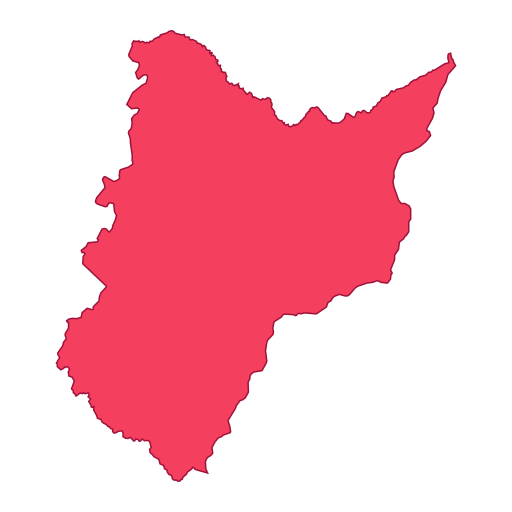 the district of Garzón, Huila, Colombia
{"feature_id": "7082276B84511387855625", "entity_name": "Garzón", "entity_type": "district", "adm_level": 2, "iso_a3": "COL", "parent_name": "Colombia", "parent_adm1": "Huila", "projection": "natural_earth1", "projection_center": [-75.581, 2.163], "detail": "fine", "context": "isolated", "style": "filled", "palette": "rose", "viewbox_px": 512, "rotation_deg": 0, "n_neighbors": 0, "source": "geoboundaries", "source_scale": "gbopen_adm2", "svg_char_len": 5912}
<svg xmlns="http://www.w3.org/2000/svg" viewBox="0 0 512 512"><path d="M410.7,209.2L409.1,205.8L404.6,203.4L401.4,203.6L398.7,200.4L393.9,186.8L393.1,182.3L393.0,180.5L394.1,177.4L393.8,171.8L398.1,160.0L401.6,154.8L404.7,152.9L412.3,151.0L420.4,146.1L426.1,141.2L430.6,135.6L429.4,131.6L426.8,130.6L426.9,128.3L432.4,118.4L434.0,113.0L432.9,108.0L437.0,103.4L438.1,98.2L440.6,90.7L445.8,82.2L447.9,74.5L455.6,65.7L453.5,61.9L453.1,59.9L451.5,57.9L450.6,53.2L448.7,53.8L448.0,55.0L447.9,58.4L449.0,62.7L444.7,63.8L434.2,70.3L432.8,70.1L431.5,71.9L428.6,72.3L425.4,75.4L420.0,76.7L415.9,80.0L414.6,79.8L410.9,82.0L408.3,85.3L405.9,86.0L403.3,87.9L396.4,89.4L394.3,91.6L392.8,91.7L392.3,90.8L391.3,90.9L388.0,95.7L386.9,95.5L386.2,96.7L381.8,98.1L380.4,101.2L377.7,103.1L376.5,105.8L373.1,107.2L373.1,108.6L370.8,110.6L370.5,112.1L368.8,113.0L366.8,112.6L364.2,110.4L362.4,110.9L361.2,112.9L358.2,111.5L356.6,112.5L354.9,116.9L353.7,117.4L347.8,113.4L346.2,113.4L344.3,118.9L341.0,121.8L338.7,123.1L333.0,122.8L332.3,123.3L331.0,121.2L327.6,119.8L325.8,116.0L324.4,115.5L318.1,107.6L316.7,106.9L314.6,107.9L312.3,107.5L310.9,108.2L309.5,109.9L309.5,111.3L308.5,111.5L305.8,114.7L305.5,116.8L304.4,117.2L302.4,120.0L301.0,120.5L300.5,121.8L297.5,124.7L296.3,124.4L295.2,125.6L293.8,124.5L291.6,126.6L288.8,126.5L288.1,124.3L286.0,125.1L284.8,124.6L284.1,123.7L284.3,122.8L283.5,123.2L281.8,120.6L279.7,120.5L278.1,119.4L276.9,118.1L275.9,115.5L274.5,114.9L274.6,111.6L271.5,107.5L271.4,106.2L272.0,105.4L271.8,103.2L270.8,101.9L270.8,99.9L269.5,98.2L267.3,97.7L266.1,98.9L264.1,99.4L262.6,98.6L261.3,99.9L260.4,99.9L254.1,96.8L252.9,97.6L251.6,93.6L249.8,92.2L247.0,94.4L243.5,90.2L243.1,88.2L241.2,88.8L239.1,87.9L239.2,86.0L238.1,85.4L238.4,83.7L235.0,85.5L233.2,85.2L231.8,83.2L229.4,84.1L228.5,82.4L226.4,81.0L225.9,77.9L226.9,76.3L225.8,74.5L225.7,73.0L224.9,72.2L223.5,72.7L222.9,71.9L221.4,71.7L221.4,69.2L220.2,68.0L220.5,65.3L218.0,65.4L217.7,63.7L216.5,62.4L217.9,61.5L217.8,60.1L215.8,59.5L215.1,56.9L213.3,55.2L211.3,55.6L211.3,54.4L212.2,53.1L211.9,52.5L209.7,53.2L210.0,50.6L206.5,49.8L205.5,47.0L204.2,45.7L203.6,45.5L202.4,46.7L201.3,44.4L198.4,43.2L197.5,43.5L196.5,41.4L192.6,39.6L190.2,39.9L188.9,37.0L185.0,37.0L184.3,34.5L181.8,34.9L176.9,33.7L174.8,33.0L174.1,31.8L172.1,30.7L169.1,31.3L167.0,32.9L160.4,34.9L159.5,37.2L158.5,36.9L154.0,39.1L152.5,41.1L150.0,41.3L149.4,42.6L146.4,42.3L145.3,43.1L143.5,41.7L142.0,41.5L139.8,42.3L138.9,40.7L137.8,41.5L136.0,41.1L135.3,41.6L133.8,40.7L132.2,43.3L132.2,46.2L128.7,54.6L129.1,56.5L132.9,61.0L138.6,62.5L139.4,64.9L139.1,66.6L137.6,69.9L135.6,72.5L137.3,78.0L138.6,79.1L143.3,75.2L145.6,74.7L147.2,75.6L147.6,77.9L146.0,83.3L142.4,85.0L132.8,92.6L126.8,104.4L131.5,108.7L137.2,108.0L138.6,108.7L139.3,109.8L137.2,113.5L134.2,115.1L131.6,118.7L132.1,122.7L131.8,125.9L131.0,128.9L129.1,130.8L128.4,132.7L130.3,138.7L130.4,142.7L132.2,155.1L132.1,160.5L133.0,162.9L132.5,164.3L128.2,167.2L120.8,169.6L119.8,170.6L119.2,175.8L119.7,177.8L118.5,179.5L114.8,181.4L113.5,181.3L105.0,176.6L103.8,177.1L102.6,179.1L102.7,180.1L104.4,184.5L105.0,187.6L96.7,197.7L95.6,200.8L95.6,202.3L96.8,203.6L99.5,204.8L105.2,206.7L107.1,206.4L108.4,203.7L110.1,202.7L113.7,203.7L114.5,211.6L116.5,215.6L115.2,220.2L112.7,225.8L112.3,228.5L109.4,231.9L108.7,231.9L106.6,229.3L104.9,228.5L102.0,229.1L97.2,238.6L98.3,239.9L97.7,241.8L88.2,242.7L86.0,246.7L81.3,250.3L81.9,252.5L83.8,252.5L85.0,253.8L83.2,256.5L82.8,263.8L106.3,286.1L106.3,287.0L100.8,293.0L99.2,297.8L99.1,300.9L93.4,306.6L93.1,309.4L92.3,309.7L87.1,308.3L82.1,312.6L81.2,317.3L77.1,318.6L72.2,318.4L69.0,319.0L66.6,320.7L67.4,322.3L68.2,322.3L68.6,322.9L68.5,328.2L65.2,333.7L65.2,335.7L66.2,338.0L65.9,339.2L63.6,342.2L62.6,346.0L57.8,352.9L57.9,354.7L59.7,357.4L56.4,363.2L57.3,364.1L57.3,366.6L60.8,369.8L63.4,368.5L64.4,367.2L65.4,367.5L66.4,366.7L68.3,367.2L69.5,369.6L68.3,372.0L68.9,376.0L72.2,377.2L74.3,381.1L71.6,388.5L71.8,389.4L73.2,390.4L73.3,392.7L74.6,393.5L76.0,396.0L80.3,392.9L82.3,393.7L83.4,392.8L84.8,393.7L88.3,393.0L89.2,394.5L88.1,396.8L90.7,399.0L88.7,401.4L91.1,405.4L91.3,407.1L92.4,407.4L94.0,406.6L93.6,409.8L96.8,415.8L97.4,418.2L101.2,419.6L101.7,421.3L102.8,422.7L106.3,424.5L108.0,426.6L109.3,426.7L110.8,428.6L112.7,429.1L112.6,431.5L113.7,432.9L115.0,433.1L118.8,431.2L121.8,430.9L122.6,431.6L123.1,433.8L123.0,436.7L125.8,438.4L128.3,438.4L130.3,437.3L133.6,440.9L134.7,440.9L135.3,439.5L136.3,439.0L138.3,439.8L139.2,441.2L140.2,441.2L142.0,439.1L144.6,440.7L148.2,440.5L149.7,441.7L151.2,447.4L149.6,449.5L150.2,452.8L152.5,454.6L153.9,456.6L158.9,459.4L160.0,463.8L163.8,465.6L164.5,468.7L167.0,470.0L167.2,471.9L168.8,474.3L171.7,475.7L172.4,478.8L173.7,480.0L176.5,480.2L178.1,481.3L180.1,480.9L180.9,479.6L182.2,479.4L182.5,478.0L183.9,476.3L186.3,474.4L187.3,472.2L192.0,468.7L192.4,467.4L193.6,467.5L195.1,469.4L207.6,473.0L205.8,468.9L205.4,461.8L206.0,460.0L207.3,457.6L210.7,455.5L212.7,453.3L212.0,447.5L214.7,442.3L218.1,438.0L221.2,436.8L223.5,435.0L230.3,432.6L230.6,431.2L229.7,426.0L228.0,420.5L235.4,408.4L236.4,405.6L240.0,400.6L242.4,399.9L245.3,397.8L248.4,392.1L248.1,382.2L249.8,378.9L250.0,376.0L251.0,374.2L253.6,372.1L262.0,370.6L266.0,363.5L266.8,361.1L265.5,350.8L266.9,341.7L268.1,339.6L273.0,334.4L273.5,332.1L272.8,328.0L274.1,321.7L281.4,317.1L282.9,314.7L285.0,314.1L293.9,314.7L295.1,315.6L296.4,315.3L298.3,313.4L299.3,313.3L300.5,313.9L304.6,312.9L316.3,313.9L326.4,307.0L328.0,302.4L330.7,301.1L332.9,297.5L334.8,296.1L339.5,294.4L345.4,296.0L347.8,295.8L349.7,294.4L354.9,288.2L357.8,286.2L366.8,283.1L372.8,282.3L377.2,280.6L381.2,282.4L387.0,283.1L387.9,282.6L390.5,279.0L390.9,275.0L392.2,273.1L390.7,270.5L390.8,269.1L394.1,261.1L394.7,258.9L394.5,255.5L398.5,249.3L399.4,242.1L403.7,238.7L404.7,236.6L406.3,235.4L408.7,231.8L408.8,221.7L410.7,219.2L410.7,209.2Z" fill="#f43f5e" stroke="#9f1239" stroke-width="1.5"/></svg>